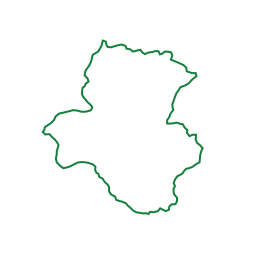 outline of Fortaleza de Minas, Minas Gerais, Brazil, rotated 71°
{"feature_id": "56859067B97541071314937", "entity_name": "Fortaleza de Minas", "entity_type": "district", "adm_level": 2, "iso_a3": "BRA", "parent_name": "Brazil", "parent_adm1": "Minas Gerais", "projection": "mercator", "projection_center": [-46.773, -20.89], "detail": "fine", "context": "isolated", "style": "outline", "palette": "green", "viewbox_px": 256, "rotation_deg": 71, "n_neighbors": 0, "source": "geoboundaries", "source_scale": "gbopen_adm2", "svg_char_len": 2221}
<svg xmlns="http://www.w3.org/2000/svg" viewBox="0 0 256 256"><g transform="rotate(71 128 128)"><path d="M149.2,72.6L146.1,74.3L142.3,75.0L141.0,77.4L138.8,80.0L138.4,83.2L137.5,86.9L136.4,89.6L133.2,88.3L131.1,85.4L128.9,83.7L127.2,81.7L125.7,79.3L122.7,79.1L120.0,78.4L117.5,76.3L113.9,73.5L110.8,70.8L108.6,67.7L106.5,65.1L106.4,60.6L105.7,56.4L104.3,53.7L102.8,51.0L101.4,46.5L98.2,46.1L96.8,49.8L93.5,54.0L90.0,53.3L86.6,55.0L83.2,58.5L80.2,61.9L77.3,65.3L74.1,62.6L70.5,62.6L68.7,65.6L67.7,68.4L68.8,70.9L68.8,73.8L65.3,74.2L64.2,76.9L64.1,80.5L63.2,84.5L63.7,87.9L61.0,90.0L58.1,90.8L57.7,94.1L57.4,98.4L54.3,100.3L52.5,103.6L49.6,103.6L47.1,106.7L46.5,110.3L46.3,114.4L46.1,118.1L44.6,121.0L41.7,121.3L39.1,120.9L37.1,123.4L41.4,126.1L44.0,128.9L46.0,131.3L46.6,134.0L47.4,137.6L50.1,139.4L52.7,140.9L54.9,142.9L56.8,145.0L58.5,147.5L60.5,149.9L63.9,151.9L68.1,150.1L71.4,150.2L72.2,153.5L74.3,155.1L75.2,157.8L78.0,159.3L80.9,160.5L84.2,160.2L86.9,159.1L90.5,157.8L93.8,155.9L96.9,155.0L99.2,157.4L99.0,160.5L98.6,163.5L97.2,167.2L95.1,170.1L93.3,174.0L92.8,180.1L92.4,184.7L91.9,188.3L93.5,192.7L96.3,195.3L98.3,199.2L99.3,203.2L100.2,206.4L102.5,207.7L104.0,209.9L107.1,208.3L108.3,204.2L111.8,202.8L114.9,201.0L118.7,199.7L121.5,199.2L124.6,201.4L127.2,203.1L129.8,204.0L133.5,206.2L137.4,206.5L141.2,204.7L144.9,202.3L145.4,198.8L145.4,195.1L144.8,190.9L144.3,186.8L144.9,183.7L146.1,180.4L148.0,177.0L150.9,173.1L153.9,171.4L156.9,172.7L159.9,172.5L162.0,170.8L164.7,171.2L167.6,168.5L171.4,167.6L174.7,165.8L177.5,165.1L181.9,166.5L185.3,165.7L188.5,162.6L192.2,162.5L193.9,160.3L195.6,157.8L198.3,154.6L201.6,153.3L204.2,151.7L207.6,150.1L210.5,147.5L212.0,144.4L213.7,141.6L214.5,138.7L216.0,136.5L214.4,134.4L216.0,131.3L216.3,126.8L214.4,123.7L216.8,121.6L218.9,119.2L218.7,116.1L215.6,114.4L214.4,111.6L215.5,107.9L213.1,105.5L209.9,104.3L206.3,105.8L203.4,105.7L200.4,104.8L198.2,102.5L195.0,102.8L192.1,100.4L189.7,97.2L189.3,94.2L188.8,91.4L187.1,89.3L185.5,86.2L185.9,82.9L185.7,79.7L184.6,76.3L183.7,71.5L181.1,70.3L177.6,68.8L174.0,66.5L171.4,64.0L167.5,65.6L164.7,67.5L161.1,67.8L156.5,65.9L155.4,69.1L155.7,72.5L151.9,73.8L149.2,72.6Z" fill="none" stroke="#15803d" stroke-width="2"/></g></svg>